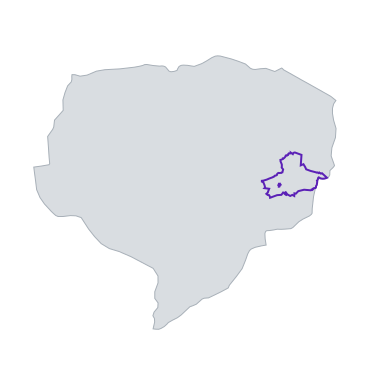 location of Gwanda, Matabeleland South, Zimbabwe, rotated 263°
{"feature_id": "62879985B81037274427079", "entity_name": "Gwanda", "entity_type": "district", "adm_level": 2, "iso_a3": "ZWE", "parent_name": "Zimbabwe", "parent_adm1": "Matabeleland South", "projection": "equal_earth", "projection_center": [29.396, -21.277], "detail": "medium", "context": "in_parent", "style": "outline", "palette": "violet", "viewbox_px": 384, "rotation_deg": 263, "n_neighbors": 0, "source": "geoboundaries", "source_scale": "gbopen_adm2", "svg_char_len": 3970}
<svg xmlns="http://www.w3.org/2000/svg" viewBox="0 0 384 384"><g transform="rotate(263 192 192)"><path d="M265.3,346.0L262.3,343.4L258.2,341.7L252.9,341.0L246.0,341.3L237.5,342.7L228.5,341.0L218.8,336.2L210.8,334.5L201.2,336.6L200.7,336.6L199.1,335.0L196.5,331.5L192.1,330.8L190.9,330.0L189.9,328.7L189.3,327.0L189.0,325.2L189.7,319.4L189.3,318.7L188.2,318.0L185.8,317.3L180.0,314.7L172.7,312.1L160.9,309.3L156.3,308.6L155.2,307.7L153.9,305.6L151.6,298.9L149.5,294.5L144.4,287.7L143.6,285.6L143.8,280.2L144.1,275.8L144.7,272.1L144.4,268.6L144.3,264.3L144.5,261.4L143.8,260.2L141.9,259.3L136.7,258.9L130.3,259.1L130.1,254.7L129.4,247.9L128.2,243.9L126.8,241.9L123.8,239.8L117.9,236.9L109.8,232.4L102.9,225.9L94.9,217.7L92.4,216.3L89.4,208.7L84.9,195.5L85.1,191.2L84.5,189.0L80.1,182.6L79.1,179.2L78.3,175.8L71.3,166.3L69.0,162.2L67.1,156.9L65.3,152.6L63.8,150.9L61.8,148.0L60.4,144.7L59.8,142.3L60.3,139.0L60.9,136.7L67.5,139.1L71.1,139.3L73.9,138.1L77.4,139.7L81.5,144.0L86.1,144.8L90.9,142.1L97.5,142.9L105.9,147.2L112.8,148.0L120.9,144.2L128.2,133.7L135.1,123.8L141.8,112.4L145.9,103.1L151.8,95.6L159.7,89.8L167.8,84.9L180.1,78.9L182.5,73.9L183.4,68.5L183.4,61.0L184.0,56.1L185.3,53.9L187.3,52.1L190.0,49.9L198.1,44.1L204.9,40.5L213.2,38.1L222.3,38.1L231.1,38.0L236.0,38.0L236.1,45.3L236.5,53.4L237.4,54.2L244.0,54.4L254.6,55.0L264.7,55.5L271.2,61.4L273.4,62.7L280.1,64.3L288.7,74.1L299.1,75.1L306.2,78.1L312.5,81.5L316.0,85.6L318.4,86.5L321.5,86.8L323.1,87.2L322.7,90.1L320.6,95.0L320.8,102.1L323.6,111.9L324.0,120.4L323.0,135.4L322.9,149.9L323.2,155.1L323.6,158.6L324.2,160.4L324.1,162.6L322.3,168.7L320.9,175.1L320.8,177.6L320.3,179.4L319.3,181.0L314.7,184.0L313.9,185.8L313.9,189.1L314.5,191.9L316.2,192.9L318.2,194.5L319.0,196.6L319.0,198.8L318.3,202.8L316.4,209.5L318.2,217.2L320.2,222.2L322.9,228.0L324.0,231.6L324.0,234.1L323.5,236.6L319.3,247.2L316.2,253.7L312.5,260.7L307.6,265.1L306.4,267.3L305.9,269.7L306.0,274.9L305.7,280.4L301.5,288.9L304.1,296.1L303.5,296.8L302.1,297.8L296.1,306.0L290.0,314.2L285.6,320.3L280.6,327.1L274.9,334.8L270.1,341.3L265.3,346.0Z" fill="#d9dde1" stroke="#a8b0b8" stroke-width="1"/><path d="M219.0,294.9L218.5,294.9L218.3,294.6L218.5,294.0L218.4,293.8L218.3,293.2L218.6,293.0L218.6,292.9L218.1,292.2L217.1,291.9L217.0,291.2L216.5,290.6L216.5,290.1L216.9,289.9L216.8,289.5L215.5,288.8L214.4,287.5L214.3,287.1L214.3,286.7L214.0,286.8L213.8,286.6L213.1,284.2L213.1,283.7L211.7,283.6L208.4,284.5L206.5,284.3L205.3,284.0L203.3,285.2L200.5,284.1L200.5,283.5L200.1,283.0L200.2,282.7L200.1,281.5L200.4,280.2L200.2,279.6L199.5,278.7L198.5,278.3L198.2,277.5L198.1,276.2L197.6,275.8L197.5,275.3L197.1,274.9L197.1,274.4L196.8,273.9L195.9,270.1L195.2,267.8L194.6,264.3L194.6,262.7L193.8,262.6L192.9,264.0L190.0,264.8L187.6,265.1L187.0,264.4L185.8,269.0L182.5,267.2L182.2,267.2L181.1,265.6L179.9,266.7L179.4,268.2L177.6,268.8L176.8,268.8L178.5,276.1L178.3,280.4L180.4,282.4L179.7,283.4L180.4,285.0L179.0,285.8L178.3,284.3L177.5,285.2L178.0,286.4L176.1,289.0L176.9,291.2L175.6,293.0L178.2,293.5L177.7,294.9L179.9,297.6L180.6,303.5L179.2,310.1L179.4,311.0L179.8,311.1L179.7,311.4L179.4,311.7L179.8,312.3L180.2,312.3L180.3,312.6L180.5,312.6L180.5,312.9L180.9,313.3L180.8,314.0L181.0,314.4L180.9,315.1L181.5,315.6L182.7,315.8L183.8,316.7L185.2,317.1L187.1,317.6L188.1,317.4L188.8,318.3L190.4,318.8L190.9,319.2L191.1,319.6L190.3,320.6L189.7,321.7L189.2,323.5L189.2,325.2L189.4,326.7L189.7,327.7L194.8,323.3L194.5,322.2L195.2,321.5L195.2,321.1L195.3,320.7L195.7,320.6L195.4,319.8L195.8,319.6L196.1,319.0L196.0,318.2L196.2,317.8L196.3,317.8L196.4,317.4L196.8,316.5L198.5,312.2L200.6,308.1L202.9,307.4L206.0,306.0L205.2,303.2L215.5,305.2L218.7,298.9L218.5,297.5L217.3,296.7L219.0,294.9ZM188.3,278.9L188.3,278.6L188.6,278.7L188.6,278.9L189.6,279.3L189.5,280.3L188.5,280.8L188.4,280.4L188.2,280.4L188.0,280.1L187.5,279.9L186.7,279.4L186.7,279.0L188.2,279.5L188.0,279.2L188.1,278.9L188.3,278.9Z" fill="none" stroke="#5b21b6" stroke-width="2"/></g></svg>